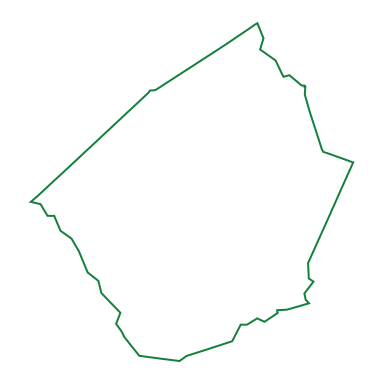 outline of Johnston, North Carolina, United States of America
{"feature_id": "52423323B84526796546447", "entity_name": "Johnston", "entity_type": "district", "adm_level": 2, "iso_a3": "USA", "parent_name": "United States of America", "parent_adm1": "North Carolina", "projection": "robinson", "projection_center": [-78.326, 35.536], "detail": "fine", "context": "isolated", "style": "outline", "palette": "green", "viewbox_px": 384, "rotation_deg": 0, "n_neighbors": 0, "source": "geoboundaries", "source_scale": "gbopen_adm2", "svg_char_len": 1200}
<svg xmlns="http://www.w3.org/2000/svg" viewBox="0 0 384 384"><path d="M30.8,201.9L40.5,204.1L47.5,215.8L54.2,215.9L60.5,230.8L71.5,238.6L77.9,249.5L78.0,249.9L78.6,250.6L87.7,272.5L98.3,280.8L101.4,293.1L120.4,312.8L116.1,323.9L116.4,324.3L121.9,331.9L124.1,336.7L130.4,344.7L139.3,355.8L151.0,357.4L152.6,357.6L160.3,358.6L176.2,360.6L179.5,361.0L181.9,359.3L186.5,356.0L219.1,345.5L220.4,345.1L222.2,344.5L232.2,341.2L240.7,324.7L247.0,324.7L257.2,318.4L264.5,321.8L277.6,313.0L277.7,312.7L277.4,312.4L277.2,311.9L277.2,311.4L277.5,310.8L277.3,310.2L286.8,309.7L309.0,303.3L305.7,299.8L304.4,293.4L313.5,281.6L308.8,278.5L308.1,263.0L330.8,212.6L331.3,211.3L332.6,208.3L332.8,208.1L339.2,193.6L353.2,162.4L350.0,161.3L349.7,161.2L327.7,153.3L323.9,152.1L323.3,151.9L321.9,149.3L309.8,112.0L304.8,94.6L305.2,88.8L305.3,86.9L304.6,87.0L304.6,86.6L305.1,86.4L304.9,85.8L304.4,85.6L301.6,85.5L289.4,75.2L283.5,76.8L283.3,76.4L283.1,75.8L283.0,75.6L282.8,75.4L282.6,75.2L275.6,60.5L260.1,49.5L263.5,38.3L257.4,23.2L254.3,25.0L252.9,26.1L223.6,45.9L223.0,46.3L155.4,90.1L149.7,90.6L148.6,92.6L64.0,171.6L53.4,181.3L43.8,190.3L38.1,195.6L30.8,201.9Z" fill="none" stroke="#15803d" stroke-width="2"/></svg>